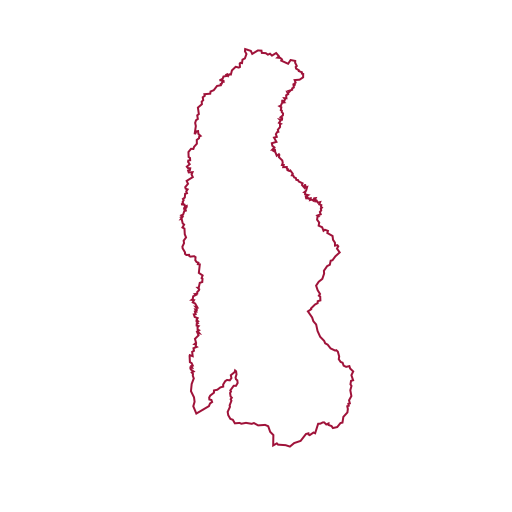 outline of Poconé, Mato Grosso, Brazil, rotated 153°
{"feature_id": "56859067B2573756993823", "entity_name": "Poconé", "entity_type": "district", "adm_level": 2, "iso_a3": "BRA", "parent_name": "Brazil", "parent_adm1": "Mato Grosso", "projection": "albers", "projection_center": [-56.955, -16.831], "detail": "fine", "context": "isolated", "style": "outline", "palette": "rose", "viewbox_px": 512, "rotation_deg": 153, "n_neighbors": 0, "source": "geoboundaries", "source_scale": "gbopen_adm2", "svg_char_len": 6126}
<svg xmlns="http://www.w3.org/2000/svg" viewBox="0 0 512 512"><g transform="rotate(153 256 256)"><path d="M295.2,340.0L295.1,338.6L296.9,337.4L297.0,335.8L299.2,336.0L296.4,334.1L296.9,332.3L295.0,332.1L295.3,331.4L296.2,330.7L298.1,331.4L298.7,330.7L297.7,329.4L297.9,328.3L299.5,328.6L302.1,326.0L304.1,326.1L303.5,324.7L304.9,324.6L304.3,323.9L306.1,323.0L305.4,322.8L306.5,318.4L305.8,316.6L308.6,314.8L307.3,312.9L309.6,307.7L309.9,304.3L313.5,302.5L314.3,300.1L317.3,297.8L317.9,296.1L317.6,291.5L318.3,290.2L317.6,288.5L315.1,287.4L315.4,286.1L314.7,285.2L311.2,283.9L310.4,282.4L312.0,279.8L311.7,277.6L310.4,276.2L311.5,275.1L309.9,274.0L314.6,266.9L312.4,262.9L314.5,261.0L314.0,260.0L315.7,257.2L318.3,257.6L321.4,253.8L322.4,254.2L321.7,252.1L322.5,251.3L324.6,250.7L325.4,249.2L327.6,249.8L327.1,248.6L330.3,248.6L331.9,246.3L333.2,246.1L331.3,244.8L333.4,243.4L331.8,241.3L331.6,237.0L332.9,238.0L332.5,236.3L333.3,234.8L334.4,235.8L334.5,233.5L335.7,234.1L336.2,231.6L337.9,232.2L338.3,229.5L336.2,227.1L338.1,225.9L337.3,224.2L338.7,224.2L338.3,222.5L339.7,222.4L340.5,221.0L339.0,219.6L340.4,219.1L341.4,217.0L340.5,215.7L342.2,215.5L341.6,213.1L343.0,214.4L343.2,211.4L348.0,209.9L348.8,205.9L350.8,205.4L349.6,204.5L350.7,202.9L350.1,201.9L353.6,202.2L354.3,199.7L356.4,199.6L357.9,195.5L360.0,197.7L360.5,197.2L363.1,191.4L362.0,189.8L362.1,187.0L363.6,187.3L363.6,185.4L365.0,186.5L365.4,185.9L365.6,184.5L364.0,181.4L366.1,181.4L365.7,179.5L366.7,178.0L367.0,175.2L371.4,171.2L375.3,165.1L375.4,158.2L376.9,154.0L380.1,150.6L380.7,142.7L366.1,143.6L363.9,145.5L361.4,145.8L361.1,148.0L362.7,149.3L362.0,151.1L360.2,152.4L355.5,153.3L354.5,155.3L351.2,154.4L347.4,155.1L344.5,154.5L343.6,156.4L340.2,158.5L338.1,158.7L335.8,157.1L333.3,158.4L332.6,161.2L327.6,162.3L326.6,163.5L326.1,162.3L327.1,159.4L329.4,157.0L329.8,155.3L329.1,153.7L330.0,151.2L332.8,149.4L334.8,150.5L339.9,147.9L339.8,146.6L341.3,145.7L342.4,142.4L341.9,140.7L343.6,139.9L343.6,138.2L347.3,134.9L347.7,133.4L352.0,130.0L353.0,126.8L352.8,122.5L351.0,120.6L350.8,116.5L346.4,114.7L345.2,113.2L340.7,111.9L336.0,108.4L333.7,108.1L331.0,104.1L324.6,101.4L322.4,98.8L323.2,92.9L321.8,88.6L326.7,79.4L322.5,79.6L322.0,77.9L315.5,74.0L312.3,70.8L306.9,72.0L300.2,71.0L292.3,74.7L289.8,74.2L290.2,73.0L289.5,72.0L284.9,72.6L283.8,71.2L276.8,78.3L274.8,77.4L272.1,77.4L270.8,76.8L269.9,74.0L267.4,73.9L268.1,72.5L265.9,70.2L265.6,67.8L261.3,66.7L256.6,68.8L254.6,68.3L251.2,73.0L245.6,75.1L243.6,78.0L242.9,80.7L241.3,80.5L240.8,82.4L239.3,82.1L238.6,85.2L234.6,87.9L232.9,93.6L229.9,96.9L230.1,98.8L228.0,101.6L225.9,101.2L225.1,106.5L221.8,109.0L223.2,113.0L222.8,115.5L226.0,116.3L227.7,118.5L227.3,121.6L228.7,123.2L229.1,126.5L227.5,128.7L226.5,133.6L227.2,135.6L228.4,135.8L231.5,139.8L232.4,144.5L234.0,146.8L233.8,149.4L235.5,154.9L235.2,161.3L233.5,167.7L234.5,171.8L233.9,175.8L234.9,183.1L231.0,183.5L230.8,184.3L225.4,186.0L222.5,186.0L221.5,187.7L218.8,187.2L217.2,190.7L218.0,192.1L216.2,193.1L216.6,197.5L215.9,202.3L211.8,204.6L207.3,205.5L203.3,209.4L202.2,212.0L197.2,214.7L194.2,214.7L191.6,217.9L189.8,217.5L185.4,219.7L179.8,221.2L180.5,225.8L178.3,227.3L178.6,228.7L180.9,229.4L179.6,232.1L180.0,235.5L178.7,239.1L182.0,244.1L180.5,245.7L182.7,248.1L184.4,247.8L184.0,251.6L186.4,254.6L184.5,257.1L185.1,260.6L183.3,263.2L182.5,263.0L183.0,264.2L179.4,263.8L179.1,266.2L177.2,267.0L176.7,268.8L175.3,269.2L175.8,270.3L174.7,271.7L176.2,273.3L174.4,274.9L176.6,275.4L176.9,278.9L177.4,277.2L178.5,277.8L178.4,279.2L176.6,280.5L178.0,281.0L179.8,279.3L180.8,281.0L182.4,281.3L181.2,282.7L183.1,283.2L183.6,285.6L184.7,285.3L184.5,284.3L185.1,284.6L184.7,286.3L181.9,286.6L184.3,288.6L183.3,290.3L184.0,290.9L181.8,291.4L179.2,294.2L180.4,294.3L179.8,297.6L181.9,295.0L182.8,298.4L181.5,299.6L184.1,303.0L184.1,304.6L185.5,305.5L185.1,307.4L186.3,308.7L186.3,310.8L187.4,311.6L185.9,312.7L186.6,316.7L187.7,316.6L188.9,318.1L188.1,318.8L188.9,319.8L188.2,321.3L191.4,322.8L190.0,324.5L191.5,325.3L189.9,326.8L189.2,329.2L190.7,333.6L189.3,335.6L189.4,336.3L192.0,335.9L191.6,340.0L192.5,341.4L191.1,341.4L190.9,342.1L193.3,343.3L190.3,344.4L191.4,346.8L190.7,349.3L186.0,348.4L186.2,353.3L183.4,352.7L183.0,355.5L180.9,356.8L179.7,356.5L179.2,358.6L176.0,360.0L174.8,362.5L173.9,362.5L175.1,364.2L172.5,365.5L173.0,367.0L170.9,365.7L170.1,367.0L171.1,368.5L168.2,369.1L167.2,370.7L167.7,372.6L167.0,373.8L167.7,374.7L165.9,377.0L167.0,378.8L165.6,378.7L163.1,380.7L161.3,380.1L162.7,383.0L160.5,381.1L159.0,382.5L159.2,383.8L157.3,382.7L156.2,385.5L153.9,385.6L153.8,387.6L153.0,386.7L150.9,387.5L151.5,388.2L148.3,387.7L147.7,388.9L145.8,389.0L144.9,391.5L143.4,390.2L144.2,392.0L142.0,392.5L141.7,395.2L137.1,393.3L132.9,393.8L131.3,396.8L132.3,397.7L131.7,398.9L133.9,401.3L133.5,402.0L135.2,404.8L134.8,406.4L133.4,406.8L133.4,410.4L132.5,412.0L136.2,414.9L140.1,412.7L144.8,418.6L143.6,419.4L144.4,421.4L146.8,423.0L144.9,423.5L145.9,427.7L150.8,427.3L151.7,429.9L154.0,430.0L155.2,432.3L158.6,434.3L157.9,436.5L161.0,438.3L167.6,437.8L167.5,441.1L171.7,445.3L172.9,443.4L172.8,440.3L176.2,437.1L178.9,437.1L180.9,434.2L182.2,435.2L183.1,434.9L184.5,431.7L185.8,431.7L188.2,433.8L193.2,432.3L196.0,429.1L197.3,430.0L199.0,429.1L199.1,431.0L200.2,431.0L200.0,429.6L203.5,430.7L205.2,429.1L208.8,429.0L206.7,428.3L205.4,426.6L205.8,425.9L206.9,426.7L208.2,425.1L209.3,425.3L209.8,424.1L213.5,425.2L218.4,422.9L221.8,423.2L223.1,421.4L228.5,423.6L228.9,422.0L231.4,421.6L232.3,418.8L234.3,418.2L235.3,415.8L240.4,414.6L242.5,408.4L244.5,408.0L245.6,404.5L247.8,404.2L249.8,402.2L250.6,399.1L254.9,393.1L254.4,392.7L252.5,394.1L250.9,393.6L251.9,391.0L250.9,388.2L252.3,388.3L253.3,386.8L256.1,386.3L257.7,382.9L261.6,381.4L263.2,379.8L265.2,381.0L269.0,379.3L271.1,374.8L270.3,373.3L271.2,371.2L273.0,371.8L273.8,370.7L273.4,367.9L277.1,367.0L276.7,365.2L274.8,364.0L275.9,362.6L277.7,363.0L278.0,361.0L274.5,359.5L276.4,357.9L276.5,355.0L283.7,354.4L283.8,351.2L287.8,349.5L288.1,347.9L286.7,346.4L288.8,345.3L289.0,343.3L290.9,343.6L292.9,340.4L295.2,340.0Z" fill="none" stroke="#9f1239" stroke-width="2"/></g></svg>